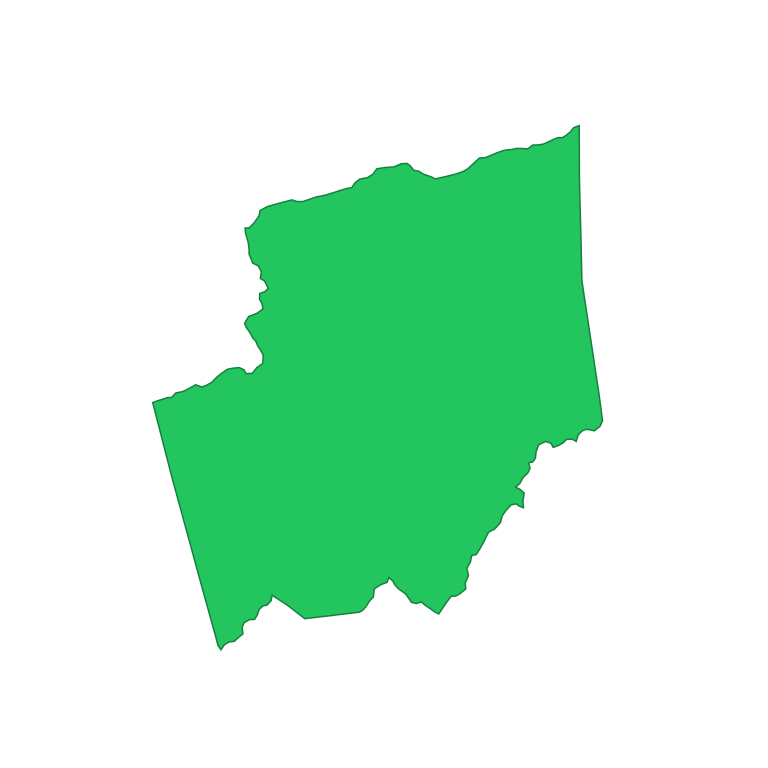 the district of Cantagalo, Rio de Janeiro, Brazil, rotated 13°
{"feature_id": "56859067B51854639642219", "entity_name": "Cantagalo", "entity_type": "district", "adm_level": 2, "iso_a3": "BRA", "parent_name": "Brazil", "parent_adm1": "Rio de Janeiro", "projection": "equal_earth", "projection_center": [-42.336, -21.867], "detail": "fine", "context": "isolated", "style": "filled", "palette": "green", "viewbox_px": 768, "rotation_deg": 13, "n_neighbors": 0, "source": "geoboundaries", "source_scale": "gbopen_adm2", "svg_char_len": 2759}
<svg xmlns="http://www.w3.org/2000/svg" viewBox="0 0 768 768"><g transform="rotate(13 384 384)"><path d="M224.3,242.8L224.4,248.5L221.0,256.5L217.5,262.2L213.5,263.3L215.2,268.3L219.6,276.1L222.2,282.9L223.3,287.8L226.1,291.7L229.0,295.8L234.8,297.1L239.3,302.3L239.8,309.1L244.2,310.3L249.7,316.8L247.1,320.9L242.6,323.7L243.6,329.4L247.1,333.2L249.1,338.0L244.2,343.8L236.9,348.7L234.5,356.3L237.2,360.0L241.5,363.8L246.0,368.9L249.4,371.1L252.4,375.3L255.8,378.5L259.7,382.8L261.3,391.1L256.4,396.7L253.2,403.3L247.3,404.9L244.5,401.7L239.3,400.6L233.4,402.5L228.1,404.9L223.8,409.6L220.0,414.3L215.8,421.1L211.4,425.1L207.2,427.9L200.7,427.1L195.2,432.1L191.1,435.6L187.5,437.7L183.3,439.4L179.9,445.0L176.1,445.9L172.6,448.1L167.5,451.1L162.8,454.1L197.9,521.8L224.3,570.8L250.2,619.0L275.2,665.0L281.1,676.1L284.9,679.7L287.2,674.0L291.0,670.2L296.0,668.5L299.4,663.4L302.8,659.2L300.6,653.2L301.3,648.1L305.9,643.9L310.9,642.5L312.4,637.7L313.2,631.4L316.1,627.3L319.7,625.8L322.8,620.4L322.4,615.0L337.4,620.4L341.0,621.9L347.5,624.9L352.8,627.3L359.6,630.5L411.6,611.8L414.7,608.5L417.0,603.9L418.6,599.0L421.6,593.8L420.6,585.9L425.8,580.4L431.6,576.6L432.4,571.4L437.1,574.2L439.9,577.4L444.6,580.5L452.3,583.7L456.4,587.3L459.8,590.6L465.0,590.6L469.6,588.0L473.7,590.3L479.0,592.2L484.5,594.6L489.1,595.7L491.4,589.6L494.1,582.6L497.3,575.5L501.5,574.6L505.6,570.8L509.8,565.2L507.9,559.7L509.4,551.6L506.2,545.0L508.3,537.6L507.9,531.6L512.3,529.3L514.5,523.1L516.7,515.7L517.9,510.0L519.2,504.9L524.4,500.5L528.6,492.9L528.8,486.0L531.4,479.5L535.1,473.2L539.8,471.0L543.6,472.7L547.7,473.2L545.7,466.6L545.1,458.7L540.8,456.3L535.5,454.9L538.8,450.2L540.6,443.6L544.1,438.5L545.3,433.5L542.7,428.1L546.5,426.5L548.2,422.0L547.4,415.9L548.3,408.6L554.3,403.6L560.1,404.2L563.1,407.7L567.9,404.6L571.6,401.2L574.6,396.7L579.9,395.5L584.2,396.7L584.6,390.2L587.4,385.4L590.9,382.8L595.2,382.3L599.5,382.3L604.0,376.7L605.2,370.6L596.0,346.0L585.9,320.6L572.1,285.6L558.6,251.6L553.5,238.5L543.0,197.2L538.7,180.6L536.8,173.3L534.6,165.0L527.9,138.6L516.1,88.3L511.1,91.6L509.0,96.2L505.7,100.5L502.4,103.9L498.6,104.6L494.9,106.9L491.3,109.9L485.1,114.5L479.9,116.5L475.2,117.7L471.1,122.6L465.0,123.5L460.3,124.6L456.2,126.6L452.4,127.8L448.1,129.5L442.8,132.8L432.0,140.5L426.1,142.4L420.2,151.1L417.2,155.5L413.2,159.2L407.5,162.8L400.1,166.7L387.9,172.6L382.6,171.4L375.3,170.7L370.1,168.8L364.9,169.1L360.7,165.6L356.9,163.9L351.2,165.5L344.9,170.2L337.0,172.6L328.6,175.9L326.0,182.0L321.5,186.6L314.2,189.9L310.5,194.4L308.3,200.0L304.4,201.6L300.3,203.8L285.1,212.8L280.4,215.0L276.1,216.9L270.0,220.7L263.9,224.5L258.2,225.8L252.9,225.3L238.9,232.7L230.5,237.3L224.3,242.8Z" fill="#22c55e" stroke="#15803d" stroke-width="1.5"/></g></svg>